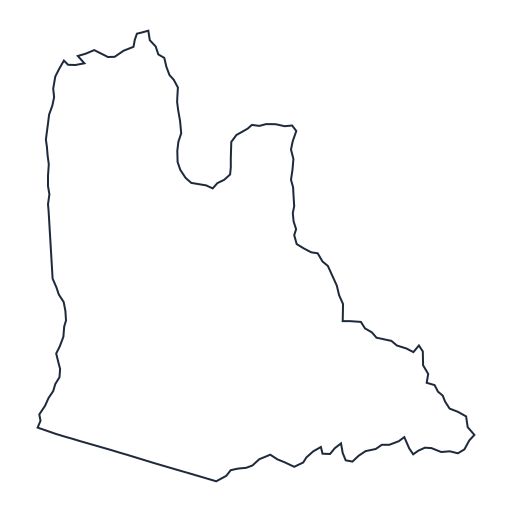 the district of Contenda, Paraná, Brazil
{"feature_id": "56859067B27721261904697", "entity_name": "Contenda", "entity_type": "district", "adm_level": 2, "iso_a3": "BRA", "parent_name": "Brazil", "parent_adm1": "Paraná", "projection": "mercator", "projection_center": [-49.513, -25.7], "detail": "fine", "context": "isolated", "style": "outline", "palette": "slate", "viewbox_px": 512, "rotation_deg": 0, "n_neighbors": 0, "source": "geoboundaries", "source_scale": "gbopen_adm2", "svg_char_len": 2292}
<svg xmlns="http://www.w3.org/2000/svg" viewBox="0 0 512 512"><path d="M94.2,50.1L85.7,53.7L77.8,56.0L84.4,63.3L75.3,65.0L68.1,64.8L63.9,60.6L59.0,69.2L55.3,76.5L53.2,88.6L54.1,97.2L52.4,105.4L49.1,114.6L48.0,123.5L46.7,133.3L45.9,139.6L46.9,146.8L47.6,155.4L48.8,164.4L48.0,175.6L48.0,186.1L49.4,194.3L48.0,204.2L48.6,211.1L52.6,278.6L56.5,287.6L58.8,294.5L63.7,302.1L65.4,311.0L66.0,320.5L64.2,326.5L63.4,336.7L59.8,346.3L56.2,353.5L58.3,362.1L60.1,368.9L59.5,377.2L55.3,384.0L53.2,391.1L48.6,397.9L45.0,405.9L39.3,414.4L40.5,420.8L37.6,427.6L55.8,433.9L65.4,436.8L72.8,438.9L80.0,441.1L110.0,449.7L119.5,452.6L127.4,454.9L154.5,463.2L162.7,465.6L198.7,476.1L216.2,481.3L226.3,475.8L230.7,470.2L237.9,468.6L246.2,467.8L252.4,465.5L259.3,459.2L270.3,454.7L277.3,459.3L284.7,462.3L294.2,466.8L303.2,462.5L306.5,457.3L313.3,451.3L320.9,447.0L322.5,453.7L330.0,454.0L334.9,448.1L341.0,443.4L342.7,453.0L345.7,460.3L352.4,461.6L358.7,455.7L365.6,451.1L375.7,449.0L381.8,444.8L389.3,444.8L398.8,441.2L404.3,437.1L409.2,448.4L413.2,454.3L418.3,450.7L424.9,447.7L431.4,448.1L441.2,452.0L449.8,451.3L457.9,453.3L464.4,449.4L469.3,440.4L474.4,434.9L467.7,427.2L466.1,416.4L457.9,411.8L449.6,408.6L445.1,401.6L442.7,395.6L438.0,391.7L434.6,385.1L426.7,382.8L428.2,373.9L423.1,365.3L422.8,351.4L418.9,345.5L413.4,352.1L406.4,348.5L396.9,345.5L391.4,340.9L376.5,337.7L371.8,332.3L365.0,328.4L360.9,321.9L349.3,321.1L342.7,321.1L342.9,312.0L343.0,304.0L339.1,295.2L336.8,285.6L331.7,274.4L327.9,266.0L322.5,261.5L317.7,253.3L311.2,252.3L304.1,248.6L296.7,244.1L294.2,235.2L296.1,229.2L293.6,221.4L292.8,213.2L294.2,206.1L293.6,197.0L293.1,187.4L291.0,179.8L292.5,169.7L293.4,159.0L291.0,149.5L292.7,141.3L296.3,131.0L292.1,125.5L284.7,126.2L275.6,124.2L266.1,124.1L259.3,125.9L251.9,124.9L247.6,128.7L236.4,135.0L231.3,141.9L230.8,158.1L230.8,167.3L230.1,174.5L224.2,179.8L217.4,183.1L212.7,188.4L206.2,185.4L197.9,184.0L191.3,182.9L185.6,177.9L180.3,169.9L177.6,162.0L177.3,150.8L178.4,141.7L181.2,133.3L180.1,121.2L178.2,110.4L177.1,102.0L177.4,95.9L177.9,87.5L173.7,79.7L169.5,75.1L166.4,66.9L164.3,57.9L158.3,54.4L155.7,46.5L149.8,40.2L148.3,30.7L142.2,32.4L136.9,33.7L134.8,39.8L133.5,46.8L123.6,50.7L114.7,56.8L107.9,57.0L102.6,54.3L94.2,50.1Z" fill="none" stroke="#1e293b" stroke-width="2"/></svg>